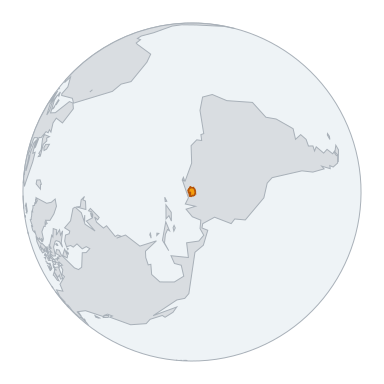 globe centered on Guárico, rotated 253°
{"feature_id": "VEN-45", "entity_name": "Guárico", "entity_type": "State", "adm_level": 1, "iso_a3": "VEN", "parent_name": "Venezuela", "parent_adm1": "", "projection": "orthographic", "projection_center": [-66.651, 8.828], "detail": "fine", "context": "on_globe", "style": "filled", "palette": "amber", "viewbox_px": 384, "rotation_deg": 253, "n_neighbors": 0, "source": "natural_earth", "source_scale": "10m", "svg_char_len": 10081}
<svg xmlns="http://www.w3.org/2000/svg" viewBox="0 0 384 384"><g transform="rotate(253 192 192)"><circle cx="192" cy="192" r="169" fill="#eef3f6" stroke="#a8b0b8"/><path d="M158.6,193.0L154.7,191.0L150.8,195.9L137.8,187.3L133.5,177.2L95.8,159.3L92.4,154.0L93.2,145.9L85.1,118.7L86.5,143.8L82.5,138.6L80.1,129.6L82.6,127.5L82.5,114.7L79.5,109.7L83.0,94.5L96.4,76.7L96.7,79.6L99.9,75.5L99.7,71.8L98.9,70.6L109.6,55.5L110.9,48.2L105.7,49.8L111.3,46.9L97.6,53.1L94.6,54.1L101.4,50.8L104.8,48.9L104.5,48.1L107.9,46.1L109.8,44.7L113.9,42.6L117.5,41.4L120.2,40.2L119.9,39.8L123.8,37.7L123.9,38.4L130.7,35.1L138.0,33.8L134.9,39.5L142.4,38.8L148.3,45.3L151.2,43.6L155.3,45.7L160.2,44.7L159.9,46.7L164.1,44.3L163.4,42.7L165.0,41.2L167.8,40.6L167.9,42.9L166.5,43.5L168.0,43.9L166.9,45.4L169.0,44.3L168.9,47.5L173.2,43.7L176.5,45.6L175.3,47.9L170.0,48.6L153.9,57.3L151.0,60.8L152.3,64.5L166.0,69.3L165.0,73.1L167.7,77.7L170.7,74.9L169.7,70.4L176.0,66.8L174.0,62.3L176.3,60.4L176.4,56.0L182.2,55.9L187.8,58.4L188.0,62.3L190.4,63.7L195.0,59.7L199.9,67.4L211.1,73.4L211.7,75.8L204.5,80.1L192.5,80.3L183.0,87.9L195.1,82.5L196.4,89.3L199.2,90.5L202.5,90.1L204.3,87.5L206.0,90.0L194.8,95.8L193.0,93.6L196.6,91.6L191.0,91.9L183.4,96.8L184.7,100.4L171.9,105.6L172.6,108.4L170.3,111.4L169.9,106.4L170.3,115.8L155.5,126.3L155.7,143.7L149.0,130.2L142.8,128.6L135.1,128.8L134.9,131.5L124.9,129.3L115.4,135.0L111.1,148.8L113.9,159.5L125.1,160.3L128.8,154.3L137.2,153.3L130.4,169.4L145.0,172.0L143.1,184.2L147.2,190.6L154.7,189.0L162.5,192.2L168.2,185.1L177.3,181.3L177.3,191.2L182.5,182.1L187.5,186.9L205.8,186.3L204.4,188.6L219.7,200.1L236.6,204.7L240.5,211.8L238.4,216.3L244.3,217.3L244.4,220.3L267.7,223.5L279.7,229.9L279.3,239.9L269.2,252.0L260.0,276.0L241.9,284.5L237.2,293.8L223.0,307.2L212.1,306.4L215.1,312.7L209.0,316.5L201.9,316.8L200.7,321.1L195.4,321.2L198.9,324.0L190.7,329.3L193.3,333.6L187.4,337.7L189.3,340.0L186.9,339.9L184.5,340.8L184.4,342.0L177.1,339.7L174.6,334.3L177.0,331.5L173.9,331.0L178.8,323.6L175.5,325.1L175.7,313.4L180.1,303.3L182.3,272.8L178.5,266.5L165.4,259.0L149.7,234.8L153.7,225.0L150.3,220.2L161.3,206.2L158.6,193.0ZM32.2,138.3L33.5,134.5L32.8,137.0L32.2,138.3ZM34.3,132.1L33.8,133.4L34.2,132.3L34.3,132.1ZM34.5,131.3L34.3,131.9L34.4,131.6L34.5,131.3ZM34.6,130.7L34.6,130.9L34.6,131.0L34.6,130.7ZM154.5,149.6L171.2,158.2L161.4,159.2L163.3,157.7L159.2,154.1L151.3,150.8L142.7,152.6L154.5,149.6ZM35.4,128.6L35.7,128.0L35.8,127.7L35.4,128.6ZM162.7,140.0L159.8,139.4L162.7,139.3L162.7,140.0ZM97.9,70.4L99.4,72.1L98.3,76.3L96.6,75.1L97.9,70.4ZM100.5,63.3L102.2,63.1L98.5,66.9L98.7,65.8L100.5,63.3ZM101.2,51.7L101.7,52.1L100.0,52.5L101.2,51.7ZM109.3,45.0L108.1,45.6L109.6,44.7L109.3,45.0ZM173.2,56.4L174.8,56.2L173.9,57.1L173.2,56.4ZM171.8,54.8L169.7,56.0L168.7,55.4L170.0,54.7L171.8,54.8ZM117.2,40.6L119.9,39.2L117.7,40.4L117.2,40.6ZM174.6,53.5L167.2,54.3L165.5,53.3L169.1,49.8L174.6,53.5ZM135.4,32.8L136.3,32.5L127.4,35.9L125.0,37.1L124.4,37.2L121.9,38.3L126.5,36.3L135.4,32.8ZM162.0,42.5L162.8,44.1L159.5,43.4L162.0,42.5ZM159.4,42.4L147.0,43.1L147.2,40.8L151.3,40.8L149.5,38.6L155.6,37.0L158.1,37.9L156.7,39.6L160.1,37.8L159.4,42.4ZM140.7,31.1L142.9,30.4L141.3,30.9L140.7,31.1ZM165.4,40.6L162.8,40.8L162.8,38.7L167.9,37.9L166.2,38.8L165.4,40.6ZM145.9,38.9L146.8,37.5L152.1,35.7L153.1,35.0L155.8,36.8L145.9,38.9ZM167.7,39.0L170.4,37.7L173.0,38.2L167.8,40.3L167.7,39.0ZM160.7,38.5L160.9,37.6L162.4,37.8L160.7,38.5ZM183.7,40.0L180.7,40.0L180.4,38.8L183.7,40.0ZM171.3,37.2L170.4,37.0L169.9,36.6L172.2,35.9L171.3,37.2ZM159.3,35.6L161.3,35.3L158.5,34.7L162.3,33.7L163.4,35.2L164.5,34.1L165.7,33.8L165.3,35.4L159.3,35.6ZM173.2,34.2L175.9,36.2L181.6,36.4L182.0,37.4L172.8,37.0L173.2,34.2ZM168.6,34.7L171.5,34.6L170.5,35.7L167.9,36.5L168.6,34.7ZM164.5,32.5L158.3,33.7L158.3,33.4L164.5,32.5ZM175.0,34.0L174.3,33.5L175.5,33.9L175.0,34.0ZM167.9,32.6L165.8,33.0L165.8,32.6L167.9,32.6ZM174.7,32.4L175.6,33.0L173.9,33.5L174.7,32.4ZM171.8,32.3L172.3,31.7L172.7,33.3L170.8,32.5L171.8,32.3ZM168.3,32.2L167.6,32.1L169.2,32.1L168.3,32.2ZM180.8,30.5L181.7,32.5L177.9,33.4L177.5,31.3L180.8,30.5ZM189.5,344.4L177.8,340.6L184.3,342.4L188.5,340.4L194.7,343.2L189.5,344.4ZM201.9,339.2L207.0,338.1L208.3,338.7L205.1,339.7L201.9,339.2ZM326.5,89.8L327.2,90.8L322.3,84.9L317.8,79.2L326.5,89.8ZM307.4,68.6L307.2,68.4L316.1,77.6L318.8,80.5L320.9,84.4L325.8,89.8L328.0,93.2L320.6,85.5L317.8,82.2L308.1,75.6L311.2,79.3L320.6,86.0L319.8,85.9L324.1,91.8L320.1,87.3L309.0,79.9L307.8,84.5L314.3,101.2L311.9,104.1L306.3,102.9L295.9,88.3L302.3,83.8L298.7,79.3L290.5,74.6L293.2,73.9L290.7,71.7L292.4,70.1L288.1,63.5L288.9,61.8L280.7,55.4L280.0,53.9L285.0,57.9L289.0,60.2L290.1,57.2L288.4,55.5L283.0,51.8L284.0,51.7L278.5,48.6L276.0,46.1L274.6,46.8L268.2,43.4L263.1,40.2L260.7,39.4L269.0,44.7L272.6,46.8L276.0,48.3L285.4,55.3L286.5,57.3L275.6,51.1L275.9,53.6L267.4,48.5L250.1,35.9L246.3,33.3L253.7,34.8L258.4,36.7L258.0,37.0L264.4,39.4L261.0,37.9L261.8,38.2L255.9,35.6L256.1,35.7L267.3,40.7L278.0,46.6L288.3,53.2L298.1,60.5L307.4,68.6ZM255.9,35.6L250.0,33.3L249.7,33.2L255.9,35.6ZM136.8,32.3L136.3,32.5L135.4,32.8L136.8,32.3ZM335.8,280.7L340.9,271.3L350.5,244.9L354.9,231.1L356.5,221.4L355.5,201.8L356.0,189.1L354.8,184.7L352.7,187.3L350.8,182.2L349.2,182.9L335.9,192.8L329.3,186.8L315.4,166.0L315.9,155.8L311.5,145.3L311.6,104.7L316.6,105.0L322.4,95.6L324.0,96.2L328.8,104.0L337.5,109.5L333.9,102.1L336.3,104.1L342.3,114.9L347.6,126.1L352.0,137.7L355.5,149.6L358.2,161.7L360.0,173.9L360.9,186.3L360.8,198.7L359.9,211.0L358.0,223.3L355.3,235.3L351.7,247.2L347.2,258.7L341.9,269.9L335.8,280.7ZM317.5,123.5L318.9,126.7L317.5,123.5ZM206.4,186.2L208.6,188.1L205.6,188.2L206.4,186.2ZM159.9,163.2L163.5,163.5L165.3,165.1L162.5,165.5L159.9,163.2ZM190.7,163.6L195.0,164.4L190.5,165.2L190.7,163.6ZM173.9,159.3L187.3,163.3L178.7,166.2L170.2,163.8L176.1,163.0L173.9,159.3ZM160.7,145.6L162.9,146.4L162.1,148.2L160.7,145.6ZM164.9,140.1L164.0,140.2L162.9,138.8L164.9,140.1ZM197.1,89.0L198.1,88.6L201.4,88.8L199.7,89.9L197.1,89.0ZM216.9,83.7L219.2,87.9L216.4,85.4L214.5,87.5L206.3,85.4L211.6,76.9L210.7,80.9L216.9,83.7ZM196.7,80.8L201.3,82.7L196.1,81.0L196.7,80.8ZM274.9,62.6L277.7,63.3L280.3,66.0L279.3,69.6L275.5,65.5L274.9,62.6ZM281.1,63.7L270.6,57.4L270.8,55.4L272.5,57.5L273.7,56.8L276.6,60.1L287.1,64.9L290.0,67.8L286.6,71.9L286.1,68.8L283.3,68.1L281.1,63.7ZM243.5,49.4L239.0,47.9L245.3,45.3L248.8,47.1L248.0,50.3L243.4,50.2L243.5,49.4ZM182.3,47.6L180.2,48.1L180.2,47.4L182.0,46.4L182.3,47.6ZM182.3,40.1L191.7,45.2L189.7,45.8L197.6,48.6L195.4,51.6L190.4,49.6L194.6,54.3L189.2,53.7L192.7,56.9L181.7,52.1L177.0,52.1L183.1,50.8L185.2,47.9L184.7,46.7L179.8,43.5L170.8,42.8L171.4,40.3L174.3,38.7L176.5,38.5L175.4,40.1L179.2,38.7L179.3,40.9L182.3,40.1ZM207.3,28.7L205.1,29.5L212.8,29.2L212.9,30.5L213.8,30.4L216.1,31.7L220.4,33.2L219.6,33.8L221.6,34.2L223.1,35.2L225.6,36.0L225.2,37.5L228.1,38.7L226.2,38.8L231.5,40.5L227.4,40.0L229.0,41.6L232.1,41.3L223.7,49.7L223.3,54.5L225.3,59.1L218.0,58.2L211.4,53.5L206.4,47.9L207.8,43.7L204.2,44.3L203.8,42.6L206.8,42.9L202.0,41.5L202.5,40.3L197.9,36.8L190.7,36.2L188.9,35.1L191.9,34.7L187.9,34.0L192.5,32.7L191.3,32.0L194.6,30.2L201.2,30.3L199.4,29.6L201.8,28.5L207.3,28.7ZM182.0,30.0L189.9,29.2L193.8,29.7L186.4,32.7L186.9,33.5L182.3,35.9L176.7,35.3L178.5,34.6L179.0,33.8L180.5,34.3L179.6,33.3L182.1,32.5L182.1,31.6L184.7,31.5L182.0,30.0ZM322.6,92.7L323.2,92.5L323.5,91.5L326.2,95.4L322.6,92.7ZM315.2,87.7L315.3,86.8L319.3,91.3L318.6,91.7L315.2,87.7ZM311.9,82.7L314.9,86.4L312.9,84.6L311.9,82.7ZM284.8,57.1L284.5,56.2L285.8,56.9L287.5,58.5L284.8,57.1ZM230.3,30.1L228.4,30.0L227.5,29.7L221.6,28.8L221.0,28.0L224.4,28.3L230.3,30.1ZM329.2,94.4L330.2,95.2L329.9,95.5L329.2,94.4ZM228.7,29.1L226.4,28.8L227.5,28.6L228.7,29.1ZM220.3,27.5L221.1,27.2L220.3,27.9L220.3,27.5ZM238.0,29.4L228.8,27.1L225.3,26.3L238.0,29.4ZM202.1,23.3L199.7,23.2L199.4,23.2L202.1,23.3ZM216.1,25.3L218.7,25.7L217.7,25.7L216.1,25.3ZM142.2,30.5L142.8,30.4L141.1,30.9L142.2,30.5Z" fill="#d9dde1" stroke="#a8b0b8" stroke-width="1"/><path d="M194.8,188.7L194.8,188.9L194.8,189.0L194.9,189.3L194.8,189.5L195.4,189.8L195.5,189.6L195.7,189.8L195.8,189.9L196.0,189.9L196.1,190.0L196.2,190.3L196.0,190.5L196.2,190.8L196.3,190.9L196.3,191.0L196.6,191.0L196.8,191.1L197.0,191.3L197.0,191.5L197.3,191.7L197.4,191.8L197.3,192.0L197.2,192.0L197.3,192.1L197.2,192.2L196.8,192.3L196.7,192.2L196.4,192.2L196.4,192.3L196.3,192.5L196.4,192.8L196.3,193.0L196.2,193.3L196.1,193.5L195.9,193.7L195.8,193.9L195.7,194.0L195.5,194.3L195.4,194.4L195.4,194.5L195.5,194.7L195.8,194.7L195.8,194.8L195.6,194.8L195.4,194.8L195.2,194.7L194.9,194.7L194.6,194.9L194.5,195.0L194.4,195.2L194.1,195.4L193.7,195.4L193.4,195.4L193.3,195.5L193.2,195.5L192.9,195.5L193.0,195.4L192.9,195.3L192.9,195.2L192.7,195.2L192.4,195.1L192.2,195.0L191.7,195.2L191.2,195.1L190.9,195.1L190.6,195.1L190.3,195.0L190.2,195.0L190.2,194.9L189.8,194.7L189.7,194.7L189.4,194.7L189.5,194.5L189.4,194.5L189.3,194.4L189.2,194.3L189.3,194.3L189.3,194.2L189.2,194.1L189.0,193.9L188.9,193.7L188.7,193.7L188.5,193.4L188.5,193.5L188.5,193.4L188.4,193.3L188.3,193.2L188.3,193.3L188.2,193.3L188.2,193.2L188.1,192.9L188.1,192.7L188.1,192.4L188.0,192.2L188.1,191.9L188.2,191.7L188.3,191.6L188.4,191.4L188.5,191.4L188.5,191.2L188.4,190.9L188.3,190.7L188.2,190.6L188.3,190.5L188.3,190.4L188.3,190.2L188.2,190.0L188.2,189.9L188.3,189.8L188.3,189.7L188.5,189.6L188.8,189.5L188.8,189.4L188.7,189.1L188.6,188.9L188.7,188.7L188.8,188.8L189.0,188.9L188.9,189.0L189.0,189.0L189.2,188.9L189.2,189.0L189.3,189.0L189.3,188.9L189.5,188.8L189.4,188.7L189.6,188.6L189.9,188.7L190.0,188.8L190.1,188.7L190.2,188.8L190.3,188.8L190.5,188.8L190.6,189.0L190.8,189.2L190.9,189.3L191.0,189.3L191.1,189.5L191.3,189.5L191.3,189.8L191.2,189.9L191.0,190.0L191.3,190.1L191.5,190.2L191.8,190.3L192.1,190.3L192.3,190.1L192.2,190.0L192.2,189.9L192.3,189.8L192.3,189.7L192.2,189.5L192.1,189.4L192.1,189.2L192.1,188.6L192.4,188.6L192.6,188.6L192.8,188.5L193.0,188.6L193.3,188.7L193.5,188.6L193.8,188.7L194.0,188.8L194.1,188.7L194.3,188.7L194.5,188.7L194.8,188.7Z" fill="#f59e0b" stroke="#b45309" stroke-width="1.5"/></g></svg>